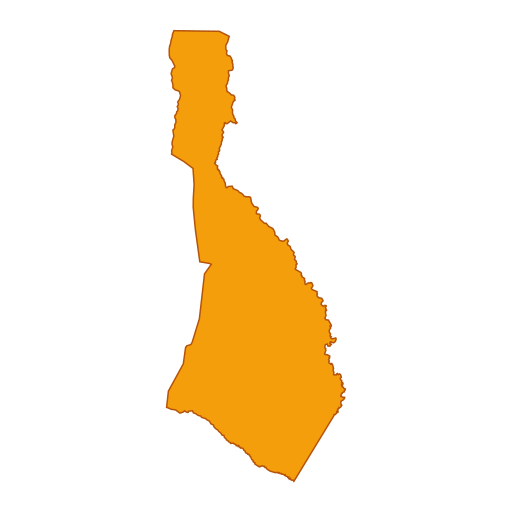 Chigubo, Gaza, Mozambique
{"feature_id": "85939544B66615302004978", "entity_name": "Chigubo", "entity_type": "district", "adm_level": 2, "iso_a3": "MOZ", "parent_name": "Mozambique", "parent_adm1": "Gaza", "projection": "natural_earth1", "projection_center": [33.548, -22.965], "detail": "fine", "context": "isolated", "style": "filled", "palette": "amber", "viewbox_px": 512, "rotation_deg": 0, "n_neighbors": 0, "source": "geoboundaries", "source_scale": "gbopen_adm2", "svg_char_len": 6069}
<svg xmlns="http://www.w3.org/2000/svg" viewBox="0 0 512 512"><path d="M334.0,415.5L334.0,414.6L335.4,414.5L336.3,413.4L336.6,412.2L337.2,412.6L338.1,412.0L338.0,411.1L337.3,410.9L337.9,409.9L337.6,409.2L338.8,408.5L338.9,407.7L339.4,408.0L341.1,406.6L341.2,405.6L341.8,405.2L340.9,404.0L340.8,402.0L341.3,401.0L343.0,400.1L344.4,398.6L344.7,397.7L344.6,397.3L342.4,397.3L341.5,396.1L340.8,396.1L340.9,395.3L341.5,393.8L342.2,393.4L342.2,392.7L344.3,391.8L344.4,390.4L345.3,389.9L345.4,389.3L345.0,388.6L344.0,388.5L343.1,387.2L342.2,386.8L342.5,386.3L341.4,385.1L341.6,384.7L342.2,385.0L342.7,384.7L343.0,383.7L342.7,382.7L341.7,382.9L341.7,380.5L340.8,380.0L340.5,379.4L340.3,378.1L341.3,377.3L340.6,374.6L339.4,373.9L338.3,374.6L337.4,373.5L336.6,373.9L336.6,374.7L334.9,375.0L333.6,374.6L333.9,372.5L333.0,370.0L333.6,368.6L332.5,364.4L331.7,363.6L331.1,364.4L330.7,364.3L330.5,363.5L329.4,363.3L328.8,362.6L328.8,361.9L329.3,361.0L328.6,359.4L329.4,358.4L329.1,357.4L329.8,357.0L329.7,356.0L327.0,354.6L325.2,354.6L324.6,353.9L325.9,350.2L325.5,349.2L325.7,348.5L325.0,347.8L324.8,346.8L325.3,344.7L327.1,344.0L328.0,346.1L329.9,346.2L330.4,344.8L331.3,344.6L331.0,344.0L329.8,343.4L330.4,341.9L330.8,341.7L331.5,342.3L333.7,342.8L335.4,341.4L336.1,339.1L336.0,338.3L335.6,338.0L332.4,338.8L331.4,338.5L330.5,337.6L330.5,337.1L331.2,336.7L330.0,335.8L330.6,333.8L329.5,332.6L329.2,330.8L329.5,329.7L330.5,328.3L330.1,326.3L331.0,326.6L331.4,325.4L328.4,320.1L325.8,319.7L324.9,318.0L326.1,315.3L325.7,314.3L325.4,311.7L326.4,310.4L325.6,310.3L325.6,309.6L326.1,309.0L325.3,307.6L326.2,306.3L326.1,305.6L324.7,305.4L323.4,306.3L321.2,304.6L321.3,302.8L323.0,300.9L323.0,300.3L322.3,299.7L321.9,298.4L318.5,297.6L317.2,296.1L316.9,295.1L317.4,294.0L316.9,293.0L317.1,291.7L312.3,289.6L311.7,289.0L311.4,288.1L312.6,286.5L312.9,285.3L311.7,282.8L310.9,282.5L309.7,283.2L308.8,282.8L307.2,283.4L306.0,284.6L305.4,284.3L304.8,283.3L305.1,281.3L304.3,280.1L304.6,278.5L302.0,276.8L301.9,275.8L301.2,275.2L301.5,273.7L300.9,272.5L295.6,269.5L295.3,268.5L296.1,267.5L296.0,264.8L297.1,263.9L296.4,262.9L296.1,260.9L294.7,259.6L294.6,258.8L295.2,256.9L295.1,256.3L293.6,255.3L293.5,253.9L294.0,253.1L294.1,252.4L291.0,249.3L290.1,246.4L287.6,244.7L287.3,243.0L288.3,241.1L287.3,239.2L286.4,239.0L284.3,240.7L283.0,241.3L279.4,240.3L277.8,237.0L274.9,235.0L274.8,232.3L273.0,228.7L268.5,226.3L266.2,223.3L264.4,223.3L260.5,219.7L259.6,218.0L260.4,215.8L259.8,214.5L259.1,214.1L257.2,214.1L256.3,213.3L256.5,211.1L257.9,209.5L258.2,208.2L257.2,207.2L254.3,206.6L253.5,205.7L251.6,202.9L250.6,197.4L249.4,196.8L246.5,196.8L244.1,196.2L242.7,194.4L241.0,193.0L239.5,192.5L237.8,190.6L233.3,188.7L232.2,186.2L228.4,186.5L226.8,187.7L226.2,187.6L225.6,186.3L225.2,182.9L224.1,181.0L223.8,179.1L223.1,178.8L222.6,177.6L222.3,177.5L222.2,178.0L221.7,177.6L221.5,175.7L220.0,173.3L219.9,171.6L219.4,171.3L219.2,170.3L218.3,170.1L218.3,169.4L217.6,169.3L217.3,168.0L217.7,166.1L216.2,165.1L214.6,163.1L215.6,162.3L215.4,161.4L216.1,159.7L217.2,159.4L216.7,157.9L217.8,156.7L217.7,155.1L218.6,154.0L218.4,151.9L219.4,151.1L219.7,150.1L219.2,148.7L221.2,144.4L221.5,141.8L222.2,140.6L222.1,139.5L222.6,138.7L222.3,138.0L223.2,137.2L222.2,136.0L222.1,134.5L223.6,132.4L223.3,131.5L221.9,130.0L224.3,125.7L224.1,125.0L224.6,124.2L224.3,123.0L225.1,122.6L226.3,123.6L227.1,123.7L230.6,121.0L233.1,122.7L234.8,122.7L235.8,123.7L237.1,122.8L235.6,121.1L235.1,118.9L233.7,117.3L233.9,116.2L233.0,114.8L232.4,112.5L232.6,109.7L231.5,108.0L231.5,106.7L233.4,101.3L235.0,100.4L234.9,99.7L234.3,99.0L234.8,98.2L234.8,97.2L233.7,95.3L231.4,94.9L228.9,92.5L227.0,91.4L226.6,87.5L226.1,86.7L226.2,85.2L227.4,83.5L227.8,81.0L228.5,80.0L228.3,78.7L228.6,77.1L229.3,75.6L228.4,73.0L228.5,70.7L231.7,70.3L232.7,69.6L233.2,67.2L232.8,66.3L232.9,64.1L232.1,62.3L232.5,60.7L231.7,60.0L231.8,59.2L230.1,56.1L227.8,55.6L226.7,54.4L226.5,53.2L227.0,50.9L225.9,49.6L225.8,45.3L227.6,42.1L229.2,36.3L219.2,31.3L173.9,30.7L172.3,34.8L172.4,36.0L171.1,40.2L170.4,44.3L169.7,45.8L169.2,49.4L169.3,55.5L169.9,58.0L172.1,60.5L174.8,66.2L174.6,67.6L172.5,68.8L171.2,73.2L171.2,74.1L172.5,77.6L171.5,80.4L172.4,82.3L173.0,85.5L172.9,87.8L175.2,89.9L178.4,90.9L179.5,91.7L180.6,95.7L179.4,99.6L177.7,101.9L178.3,103.8L178.1,105.3L177.2,106.5L178.0,108.4L177.8,110.7L176.8,111.6L176.4,113.7L174.8,115.6L174.9,117.8L175.9,119.7L175.9,122.8L174.8,124.5L174.8,127.4L174.2,129.0L172.9,130.1L173.8,136.1L172.1,142.1L172.0,144.2L172.8,147.1L171.6,150.6L171.9,152.7L171.5,154.1L183.8,161.5L193.0,168.4L194.1,184.7L193.3,198.2L193.2,207.3L195.4,229.8L199.8,261.8L209.3,263.4L211.3,264.3L204.5,273.9L199.4,318.7L192.2,342.2L190.8,344.6L186.8,345.8L185.6,347.4L183.3,363.9L168.4,391.1L166.6,407.3L171.3,409.3L175.6,409.9L179.9,413.1L182.9,412.2L184.8,410.8L186.0,411.9L187.8,412.5L188.3,412.2L188.5,411.5L189.3,411.1L192.5,410.8L193.4,412.9L195.7,413.6L198.1,415.4L200.9,416.1L201.5,417.3L205.6,418.6L206.6,419.6L209.4,421.1L210.9,423.8L213.3,424.9L214.1,427.0L216.1,429.0L217.9,430.0L218.5,431.1L221.0,433.3L222.0,435.1L223.9,435.4L224.4,437.4L225.9,438.7L226.4,439.9L227.7,440.6L229.0,442.0L229.7,442.0L230.4,442.6L230.5,443.4L233.4,443.2L234.0,443.9L235.3,444.3L235.9,445.1L236.4,445.1L236.4,445.7L237.8,445.7L238.0,446.1L238.4,445.5L238.9,445.8L239.2,447.0L240.2,447.2L240.3,447.9L240.9,448.2L241.8,448.0L243.1,448.5L243.7,450.1L244.4,450.3L245.1,451.1L245.2,452.0L245.9,452.9L247.5,453.5L247.6,454.2L248.6,454.2L248.8,454.8L249.7,455.2L250.1,456.6L250.7,456.8L251.7,459.5L253.1,460.5L253.0,461.3L253.4,462.0L254.9,462.7L254.7,463.8L255.9,464.7L259.2,466.8L259.4,466.3L260.4,466.6L262.2,465.7L263.5,466.5L264.2,466.2L265.1,467.6L265.7,467.3L267.2,469.3L270.1,471.1L275.5,472.7L276.8,472.3L277.3,472.8L278.2,472.5L278.7,473.1L279.2,472.7L280.2,473.7L281.2,473.4L281.8,474.2L283.4,474.3L284.5,475.3L285.1,474.7L285.7,476.0L287.6,476.7L287.7,477.3L288.7,477.2L288.5,478.0L288.9,478.7L290.4,478.4L290.5,479.2L290.2,479.4L291.8,480.2L293.0,480.1L293.9,481.3L334.0,415.5Z" fill="#f59e0b" stroke="#b45309" stroke-width="1.5"/></svg>